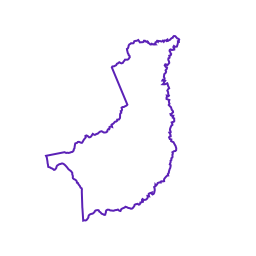 Rochedo, Mato Grosso do Sul, Brazil (Robinson projection), rotated 150°
{"feature_id": "56859067B80674621579235", "entity_name": "Rochedo", "entity_type": "district", "adm_level": 2, "iso_a3": "BRA", "parent_name": "Brazil", "parent_adm1": "Mato Grosso do Sul", "projection": "robinson", "projection_center": [-54.738, -19.978], "detail": "fine", "context": "isolated", "style": "outline", "palette": "violet", "viewbox_px": 256, "rotation_deg": 150, "n_neighbors": 0, "source": "geoboundaries", "source_scale": "gbopen_adm2", "svg_char_len": 5705}
<svg xmlns="http://www.w3.org/2000/svg" viewBox="0 0 256 256"><g transform="rotate(150 128 128)"><path d="M124.5,64.3L123.3,63.9L122.8,65.0L121.9,65.9L119.4,66.8L117.8,67.2L116.9,66.8L116.4,68.3L115.0,68.8L114.4,69.8L113.6,70.5L112.6,71.5L111.5,72.2L110.4,73.4L109.6,74.5L110.0,75.6L108.9,76.5L108.0,77.3L107.5,78.4L106.4,78.6L105.6,80.1L104.3,80.3L103.6,81.2L103.0,82.6L102.2,83.1L101.8,83.8L101.7,84.8L99.7,84.9L98.5,84.4L97.4,84.7L96.9,85.5L96.3,86.4L96.1,87.5L95.8,88.5L95.8,89.4L95.8,90.9L95.7,93.0L96.6,94.1L97.2,95.1L96.2,96.4L97.3,97.5L97.1,99.4L96.1,99.8L95.2,99.5L94.7,100.5L94.5,101.7L94.5,103.4L93.2,103.0L92.8,103.8L92.7,105.3L91.8,106.4L90.5,107.5L89.8,107.9L89.1,108.5L88.1,108.4L87.6,109.1L87.4,111.0L86.4,110.9L85.4,110.5L84.4,110.9L83.9,112.1L83.2,113.2L84.1,114.6L82.7,115.9L83.9,116.5L84.5,117.7L84.2,118.8L83.2,118.3L82.3,118.9L81.1,119.1L80.7,120.0L80.8,120.9L81.0,122.1L80.6,123.5L80.4,124.5L80.8,125.7L81.2,127.6L79.9,128.3L79.8,129.2L79.4,130.4L78.2,131.6L79.3,132.8L80.1,133.9L79.5,135.0L78.7,135.5L78.3,136.4L77.8,135.5L77.0,135.3L76.3,135.6L76.4,136.8L75.9,137.9L75.3,139.1L75.3,140.7L73.7,141.6L72.5,141.8L72.3,143.0L72.2,144.8L71.7,146.1L71.6,147.1L72.5,147.2L73.4,147.2L74.8,147.7L76.0,148.5L75.0,148.7L73.8,149.7L72.4,150.3L73.3,151.1L74.5,151.9L73.7,152.4L72.5,151.8L71.8,152.1L71.4,152.9L71.4,154.3L70.5,155.4L69.7,156.5L67.9,156.9L66.9,157.6L66.6,159.2L65.1,159.7L64.1,160.6L64.8,162.2L64.9,163.9L63.8,164.5L63.1,163.9L62.6,162.7L61.7,163.0L60.6,163.4L59.7,163.8L59.2,165.2L59.1,166.5L58.7,167.5L58.0,168.2L57.1,168.0L56.4,168.7L56.1,170.0L54.6,169.7L53.6,170.5L53.7,171.7L53.4,172.9L53.5,174.0L52.7,174.8L51.7,174.7L51.1,173.7L50.1,173.2L48.7,172.8L48.2,173.7L48.5,174.8L48.0,175.7L47.2,176.1L46.8,175.0L45.9,174.4L44.9,174.1L44.3,174.7L43.6,175.3L43.0,175.9L42.1,176.9L41.5,178.0L40.8,177.3L40.3,178.4L39.5,178.9L39.6,179.9L40.5,180.9L40.9,182.6L41.1,183.8L42.2,184.7L43.3,184.5L44.1,183.8L45.2,184.0L46.4,183.8L47.1,183.5L48.0,183.4L48.8,183.6L49.7,183.4L50.7,183.8L50.0,184.9L51.4,184.8L52.5,185.5L53.9,184.8L54.1,186.2L54.9,186.0L55.7,186.1L56.8,187.3L57.7,187.7L58.4,188.4L59.0,187.7L59.5,188.8L60.2,188.4L61.4,188.4L61.9,187.5L62.8,187.6L62.5,186.7L63.7,187.3L64.8,188.1L65.3,189.1L66.4,188.8L67.0,189.4L67.2,190.6L68.0,191.5L67.6,192.7L68.0,193.5L69.1,193.5L69.7,195.1L70.6,195.6L71.4,194.8L72.2,194.9L73.4,195.5L74.9,196.2L75.0,197.9L75.1,199.1L76.4,199.1L77.2,199.3L78.2,199.8L79.2,200.0L80.1,199.2L80.9,198.7L82.2,199.3L82.9,199.9L83.7,199.7L85.1,199.7L86.2,199.1L87.0,198.1L87.7,197.5L88.4,197.0L89.4,197.0L89.8,196.1L90.2,194.7L90.5,193.7L90.8,192.5L90.6,191.6L91.0,190.6L90.6,189.7L91.1,188.4L92.2,187.9L93.2,187.4L94.2,187.4L95.2,188.0L96.4,188.7L97.3,188.2L98.1,187.9L98.9,187.6L99.9,187.0L101.2,187.2L102.1,188.1L102.5,189.2L103.4,189.3L104.3,189.0L105.5,189.2L106.8,188.3L108.3,188.4L109.1,188.4L109.9,188.7L110.7,189.1L111.7,188.6L114.3,168.6L116.9,148.5L117.9,148.2L119.0,148.2L119.8,148.3L121.2,148.3L122.3,148.9L123.4,148.8L124.0,146.8L124.9,146.1L125.8,146.2L126.2,144.6L127.4,144.4L128.2,143.5L129.0,142.1L129.9,140.7L131.5,139.9L133.2,140.6L133.7,139.7L135.0,139.5L135.8,139.9L136.7,139.8L137.6,139.4L138.8,139.1L139.8,139.2L140.7,139.0L140.9,137.8L141.2,136.9L141.8,137.7L142.8,138.1L143.6,138.1L144.1,136.9L144.9,136.3L145.5,136.9L146.4,136.6L147.2,136.1L147.7,135.3L149.1,135.2L150.4,135.7L151.4,136.4L151.9,137.5L152.5,138.4L153.9,138.8L155.7,138.6L157.2,138.2L158.4,138.7L159.2,138.5L160.1,138.6L160.9,139.4L161.4,140.5L162.9,139.8L164.2,139.1L165.3,139.0L166.3,139.3L166.6,140.1L167.0,141.4L167.8,142.4L168.9,142.4L169.2,141.1L170.0,140.7L171.5,140.2L172.9,139.5L174.1,138.7L175.4,138.2L176.2,138.9L176.9,139.9L177.5,140.6L178.5,141.0L179.5,140.6L180.3,140.8L181.4,141.0L182.4,139.9L183.3,138.8L184.0,137.9L184.6,137.1L185.6,136.7L186.4,135.6L188.0,135.1L189.2,135.5L190.6,135.7L192.1,136.2L193.0,137.0L194.0,137.3L195.1,138.8L212.9,144.9L213.1,143.0L214.0,140.6L214.7,138.8L215.2,137.8L215.6,136.4L216.5,134.2L215.8,133.4L215.1,132.7L214.7,131.7L214.1,131.1L213.5,130.0L213.0,128.7L211.9,128.5L210.2,129.2L208.9,130.5L208.0,130.9L207.1,130.9L206.0,131.0L205.2,130.9L204.3,130.5L203.5,130.5L202.7,130.2L201.8,129.2L201.3,128.0L200.9,126.7L200.4,124.2L200.3,123.2L200.2,122.2L199.9,121.4L199.4,120.2L198.9,119.0L198.7,117.0L199.5,115.6L199.6,114.6L199.9,113.7L200.5,112.9L200.8,112.0L200.4,110.8L199.6,109.7L199.1,108.4L199.1,107.3L199.6,106.2L198.8,105.2L199.1,104.0L198.9,103.1L198.7,101.7L198.9,100.1L198.3,98.9L198.6,97.9L199.1,97.2L200.3,95.1L207.3,82.0L207.7,81.1L213.1,70.2L212.1,70.0L211.1,69.2L210.1,69.0L208.0,69.8L207.0,70.4L206.2,71.5L205.4,72.0L203.8,72.2L202.5,71.9L201.4,71.5L200.2,71.7L199.2,71.9L198.4,72.5L197.4,72.8L196.1,72.4L195.0,71.9L194.5,71.2L194.7,70.1L194.0,68.7L193.7,67.0L192.8,65.9L192.0,64.6L191.1,64.3L190.4,65.1L189.4,65.9L188.7,67.0L187.9,67.5L186.6,67.5L185.2,66.6L184.6,65.5L183.4,64.7L182.7,64.1L181.7,63.5L180.3,63.3L178.6,62.6L177.5,62.4L177.2,61.4L176.8,60.6L176.0,59.9L175.2,60.5L174.3,61.1L173.1,61.1L172.0,61.0L170.6,60.8L169.6,61.1L168.6,60.0L167.8,58.7L167.1,58.1L166.5,57.6L165.9,56.7L165.0,56.2L163.5,56.4L162.4,56.9L161.5,57.3L160.8,58.1L159.8,58.2L158.5,57.8L157.5,57.5L157.1,56.3L156.3,56.0L155.4,56.4L154.5,57.3L153.8,56.9L152.9,56.9L152.0,56.6L151.5,57.3L152.2,58.0L151.7,58.9L150.9,59.2L150.4,57.9L149.3,57.3L148.1,57.0L146.6,57.3L145.4,58.2L145.1,59.3L143.9,58.3L143.6,59.6L143.0,60.6L142.2,60.7L140.6,60.4L139.6,60.2L140.4,59.4L140.0,58.2L138.9,58.1L137.7,58.8L136.8,59.8L135.9,60.8L135.2,62.3L134.9,63.8L133.5,63.9L132.7,65.1L132.6,64.1L131.6,64.4L130.7,64.8L129.8,65.5L128.1,65.2L126.9,64.4L126.4,65.2L125.4,65.0L124.5,64.3Z" fill="none" stroke="#5b21b6" stroke-width="2"/></g></svg>